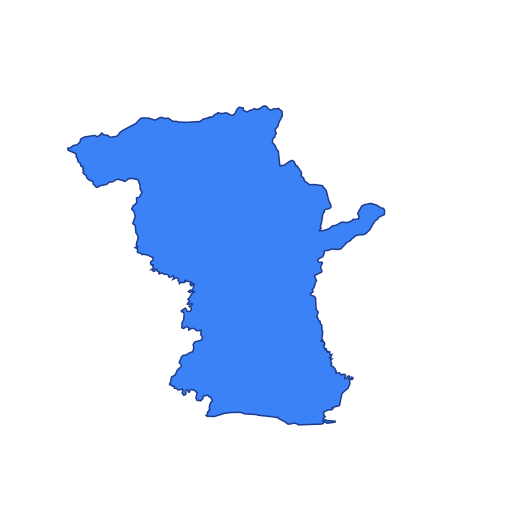 López, Cauca, Colombia, rotated 243°
{"feature_id": "7082276B33539636068872", "entity_name": "López", "entity_type": "district", "adm_level": 2, "iso_a3": "COL", "parent_name": "Colombia", "parent_adm1": "Cauca", "projection": "natural_earth1", "projection_center": [-77.202, 2.962], "detail": "fine", "context": "isolated", "style": "filled", "palette": "blue", "viewbox_px": 512, "rotation_deg": 243, "n_neighbors": 0, "source": "geoboundaries", "source_scale": "gbopen_adm2", "svg_char_len": 6140}
<svg xmlns="http://www.w3.org/2000/svg" viewBox="0 0 512 512"><g transform="rotate(243 256 256)"><path d="M437.5,137.2L435.5,136.6L428.8,142.2L425.8,140.8L424.1,141.1L420.6,140.3L418.8,141.5L415.5,140.8L414.8,142.1L413.7,141.7L412.6,142.2L412.0,141.0L410.3,141.1L409.2,139.9L407.4,139.8L404.8,141.4L403.0,140.7L399.9,141.5L396.2,144.6L394.1,143.6L389.7,145.0L389.1,146.6L389.4,148.8L387.6,155.5L388.4,158.6L387.0,162.7L387.6,165.2L386.7,169.0L385.5,169.3L383.9,171.7L382.5,172.2L381.9,173.7L382.9,177.8L382.3,178.1L382.4,179.1L381.8,179.4L381.0,181.7L379.3,182.9L379.4,183.7L377.3,185.5L371.3,184.7L368.7,183.3L364.2,183.2L363.0,180.8L361.3,179.3L362.0,175.9L357.8,174.0L356.6,171.2L356.7,169.7L354.2,166.5L351.1,167.5L346.2,166.4L340.8,160.9L338.2,162.3L331.5,159.6L327.4,159.9L325.3,158.9L321.0,154.8L320.2,155.0L319.5,154.0L318.0,154.7L318.3,152.2L316.5,153.5L314.7,153.1L313.6,152.1L312.3,152.6L311.0,154.5L309.0,155.0L308.6,156.6L305.9,160.0L301.1,163.6L299.1,162.1L298.6,159.6L297.5,158.8L296.0,158.5L294.9,160.2L294.3,159.3L291.8,159.4L291.4,156.7L291.0,157.7L289.2,157.5L288.5,159.0L289.7,159.7L289.4,161.8L287.7,161.1L285.7,162.5L284.8,161.5L283.9,161.7L283.7,164.7L281.7,165.6L280.1,168.3L278.7,169.3L276.7,168.9L275.8,170.8L275.9,173.3L274.0,173.2L273.0,171.5L272.8,174.6L271.9,176.1L270.2,176.4L269.4,175.4L268.0,175.8L266.1,175.3L266.6,177.4L265.4,179.0L264.9,180.7L265.1,181.3L266.3,181.3L266.4,182.5L265.1,182.9L261.9,186.6L260.9,184.5L259.0,184.6L258.7,185.6L260.0,186.8L259.1,188.2L255.2,184.8L254.8,183.6L255.5,181.4L255.0,179.7L253.7,180.3L253.2,184.0L252.0,184.9L251.5,181.4L249.4,178.6L248.3,175.6L245.7,176.4L244.9,173.5L244.2,173.0L243.3,174.1L242.9,177.1L242.1,177.6L241.4,176.6L241.4,173.6L239.2,174.6L237.6,174.0L236.7,172.3L237.5,170.1L238.3,169.4L240.3,169.8L241.7,169.2L241.0,164.4L240.2,164.3L238.9,165.8L236.6,165.5L231.9,162.5L230.2,159.9L226.1,157.6L225.0,157.6L224.3,158.9L224.8,162.0L222.6,163.4L220.6,162.5L220.7,166.0L219.1,168.3L216.6,168.9L214.5,173.3L211.0,171.1L208.0,171.4L206.6,170.4L206.0,168.4L207.2,162.6L206.8,161.4L205.4,159.7L202.4,158.9L199.4,156.1L199.9,153.6L199.6,148.3L200.5,146.4L200.1,144.1L196.0,139.2L193.1,140.0L191.5,139.5L190.1,134.1L186.7,130.0L186.5,125.7L182.3,122.5L181.3,120.8L180.4,120.7L179.6,121.9L178.2,122.2L177.2,123.8L175.2,123.3L174.0,125.2L172.2,125.6L171.0,128.4L170.8,130.1L169.3,129.7L167.3,127.9L164.7,128.5L164.5,130.3L165.8,131.5L167.7,131.9L168.1,133.3L167.7,134.0L165.2,134.1L165.0,134.9L166.4,136.4L166.6,137.5L164.1,140.3L160.6,141.4L156.8,138.0L153.9,138.0L153.9,138.7L152.1,140.8L153.1,144.0L155.0,145.1L154.0,149.9L152.0,150.2L151.0,151.5L146.8,151.5L146.2,149.4L144.3,147.1L141.8,145.4L140.3,145.3L140.0,144.0L138.9,143.1L139.1,142.2L136.8,140.7L136.8,139.2L135.5,139.6L132.0,145.8L130.0,156.8L127.8,162.9L123.7,171.3L120.7,174.0L114.5,184.4L113.1,185.7L104.7,198.6L102.3,201.4L102.5,202.3L100.5,202.6L95.5,206.3L91.6,208.2L90.2,212.0L90.2,213.5L88.4,215.8L86.2,217.3L76.6,237.9L76.3,239.5L76.8,240.9L77.6,241.3L78.6,240.3L79.0,240.7L74.7,243.4L72.1,250.9L72.8,251.6L77.2,244.5L80.3,242.1L81.3,242.7L81.4,244.7L84.0,244.2L86.3,245.5L86.1,250.5L84.6,253.8L84.9,254.9L86.0,255.1L85.5,255.8L86.1,256.7L84.8,262.4L94.6,270.3L96.4,277.8L99.5,281.7L102.9,282.8L103.0,284.7L102.3,285.8L103.3,287.1L104.6,286.4L103.7,284.6L104.0,283.2L104.8,283.2L106.1,284.9L107.0,284.3L107.0,283.0L105.7,281.2L106.3,279.4L107.2,279.4L108.2,281.4L110.1,281.5L111.0,280.4L111.1,278.1L113.9,277.4L115.5,274.1L116.8,275.1L120.1,275.2L123.3,274.0L124.2,272.9L125.9,274.6L129.2,275.1L129.6,276.6L129.9,275.6L131.2,276.4L131.5,275.5L132.2,275.5L132.0,276.8L133.7,278.7L133.7,277.5L135.2,277.3L137.3,278.2L137.6,276.8L138.4,276.7L138.1,275.9L140.1,276.1L140.6,275.3L141.5,276.4L142.2,275.4L144.6,275.2L145.7,275.7L145.4,276.3L146.5,277.4L148.1,277.6L148.4,277.0L149.5,277.4L150.7,275.2L151.3,277.4L152.7,277.0L154.3,278.6L158.6,281.2L160.9,281.4L163.0,282.7L165.2,283.2L166.6,282.6L168.7,283.5L170.2,282.6L173.5,283.0L174.1,282.3L177.7,285.9L181.2,285.4L191.7,290.0L194.0,289.4L195.7,287.3L197.0,287.1L197.5,287.6L198.3,290.7L200.6,290.9L201.1,292.7L203.8,295.6L204.9,296.1L206.5,298.7L210.9,298.9L212.1,299.7L211.8,306.3L212.3,307.8L216.9,308.4L219.7,312.1L220.8,311.8L221.4,309.7L222.2,309.0L224.1,309.0L225.0,310.7L225.1,315.2L227.3,317.9L228.8,318.5L229.5,319.8L228.2,322.9L227.9,326.6L224.8,331.5L223.8,334.8L226.8,343.2L226.9,347.4L227.7,349.0L228.8,354.3L228.5,356.2L226.2,361.6L226.1,364.0L227.9,369.7L231.5,374.9L233.2,378.1L233.5,381.0L234.8,382.6L234.7,389.2L237.8,391.1L240.4,391.3L242.2,389.2L246.8,386.4L250.8,382.1L252.5,375.8L252.6,373.0L247.8,366.0L244.5,365.6L242.6,364.6L243.4,361.1L244.6,359.3L243.8,356.9L244.4,352.3L246.7,348.9L247.3,347.0L247.0,341.5L248.1,337.7L247.1,333.3L248.2,326.9L249.6,324.0L250.6,324.8L251.0,326.6L253.5,326.9L255.2,328.9L263.3,334.8L264.2,336.9L265.8,337.6L265.9,339.3L264.9,343.2L265.5,345.0L268.0,345.9L271.7,345.8L282.5,348.3L288.6,347.0L293.0,340.8L295.3,336.0L301.1,333.3L303.7,333.8L307.2,332.6L308.8,334.1L310.5,334.4L317.7,333.5L318.4,332.6L322.9,332.8L324.1,332.1L325.0,331.1L325.0,327.9L324.1,322.3L325.5,318.2L339.4,323.5L341.9,322.7L345.7,323.2L349.9,322.2L352.9,324.2L353.5,326.9L355.3,328.1L355.9,329.6L359.9,330.2L361.6,334.4L364.6,337.0L368.9,343.1L373.1,344.9L375.9,343.4L377.2,343.3L378.1,340.1L379.1,338.9L379.2,335.3L381.8,333.8L384.5,333.3L386.0,331.6L386.2,329.3L385.5,326.7L386.4,322.6L388.1,321.6L388.0,317.8L388.6,317.1L388.3,313.6L391.5,310.9L393.6,311.8L396.2,308.6L395.4,305.8L392.4,301.9L392.0,299.1L393.3,297.0L395.6,295.9L397.3,294.1L398.3,290.2L401.1,286.9L400.5,286.1L400.7,283.6L399.6,279.6L401.0,278.0L400.7,276.8L401.9,271.0L401.3,266.1L402.2,265.2L406.5,255.0L410.5,247.9L411.9,246.5L413.8,243.0L418.6,240.5L420.2,236.7L421.9,235.4L422.9,233.5L422.8,228.8L423.3,227.2L427.5,223.0L430.2,218.3L431.0,215.7L428.6,209.0L428.4,194.5L427.9,191.0L426.1,187.5L426.1,185.5L428.0,179.9L431.2,178.4L432.7,175.6L435.6,174.4L434.5,171.9L434.3,168.7L436.7,167.0L439.9,157.2L439.8,152.8L437.6,151.1L436.3,147.0L437.4,143.5L436.7,139.3L437.5,137.2Z" fill="#3b82f6" stroke="#1e3a8a" stroke-width="1.5"/></g></svg>